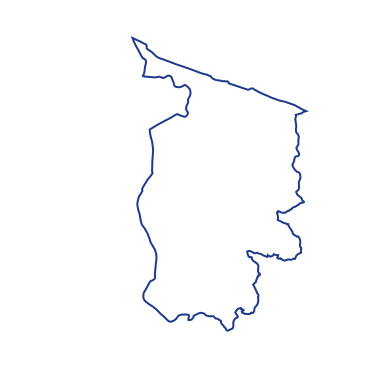 outline of Aceh Tenggara, Aceh, Indonesia, rotated 28°
{"feature_id": "22746128B65780821536148", "entity_name": "Aceh Tenggara", "entity_type": "district", "adm_level": 2, "iso_a3": "IDN", "parent_name": "Indonesia", "parent_adm1": "Aceh", "projection": "mercator", "projection_center": [97.723, 3.338], "detail": "fine", "context": "isolated", "style": "outline", "palette": "blue", "viewbox_px": 384, "rotation_deg": 28, "n_neighbors": 0, "source": "geoboundaries", "source_scale": "gbopen_adm2", "svg_char_len": 6053}
<svg xmlns="http://www.w3.org/2000/svg" viewBox="0 0 384 384"><g transform="rotate(28 192 192)"><path d="M251.9,300.1L253.2,298.2L255.7,295.1L256.1,294.7L258.6,293.8L259.4,293.7L261.1,294.0L261.9,294.3L263.0,294.4L264.4,293.7L265.9,293.6L268.9,291.7L270.3,292.0L272.2,292.6L274.1,291.9L274.5,291.9L275.7,292.2L276.7,292.1L278.2,292.3L278.9,293.5L279.6,294.2L280.1,294.5L282.5,295.2L283.5,295.9L285.8,296.7L286.8,297.5L288.3,297.9L289.9,296.2L290.8,294.7L291.7,293.7L291.9,293.0L291.7,291.5L289.7,287.7L289.4,286.9L289.4,286.1L289.3,285.0L289.6,283.5L290.1,282.5L291.0,281.6L291.1,280.8L290.9,280.5L290.5,280.1L287.9,278.7L286.9,278.2L286.8,277.8L286.9,275.5L287.2,274.2L287.4,273.6L288.5,272.4L289.3,272.0L289.6,271.6L289.9,272.1L290.4,272.5L290.9,272.0L291.4,271.9L292.2,272.1L292.6,271.9L293.0,272.2L292.7,272.5L292.7,273.6L292.1,274.0L292.1,274.3L292.7,274.8L292.9,274.5L293.2,274.4L293.6,274.8L294.4,274.7L296.0,274.8L297.4,274.1L298.6,273.6L300.3,272.6L300.7,272.0L300.7,271.0L301.0,270.7L302.1,270.5L302.7,269.9L302.8,269.5L302.7,267.8L301.8,265.2L301.8,264.3L302.5,261.0L302.2,258.6L300.9,255.6L299.5,253.6L299.7,253.4L298.7,251.4L297.0,250.7L296.6,250.2L292.0,246.8L289.4,245.0L290.0,243.2L290.7,241.5L290.3,240.6L289.7,235.9L290.0,236.0L290.3,234.4L290.9,233.6L290.2,232.3L289.2,232.7L289.0,232.3L288.2,231.5L288.5,231.2L288.2,231.5L287.5,231.0L287.0,230.0L285.8,227.0L285.3,226.2L284.5,225.3L282.9,224.6L281.6,224.4L279.1,224.2L277.2,223.6L276.7,223.2L275.7,222.5L275.5,221.7L274.3,221.7L273.8,221.9L273.3,222.4L272.2,222.4L271.1,221.4L268.7,218.9L268.8,218.7L268.8,218.4L269.6,217.6L270.6,217.0L272.7,216.7L274.9,216.8L275.9,216.7L276.7,216.4L277.3,215.6L278.2,215.0L280.2,215.0L281.6,214.4L284.5,214.5L288.8,214.1L288.9,213.1L288.6,212.2L289.6,212.5L290.2,212.2L291.0,212.4L291.5,212.3L292.8,210.9L293.3,210.1L293.5,208.5L293.8,208.6L294.2,208.6L297.5,207.5L297.7,207.4L297.8,208.1L298.1,208.5L298.0,209.0L298.2,209.5L298.1,210.0L298.8,210.4L299.8,210.2L300.0,209.8L300.7,209.6L301.2,209.6L301.4,209.0L302.0,209.0L302.4,209.3L304.4,209.4L305.9,209.1L306.7,208.7L307.9,207.0L308.8,206.2L310.4,205.8L311.5,205.2L313.2,202.8L314.3,202.8L314.3,201.0L314.0,199.8L314.1,198.7L314.9,196.9L315.7,195.9L316.8,194.2L315.3,191.8L315.1,190.9L314.7,190.3L314.4,190.0L313.9,190.0L312.7,189.1L312.4,188.6L311.2,185.6L310.0,183.6L308.6,182.4L306.7,181.4L306.4,181.4L305.5,182.2L304.3,182.0L301.6,181.8L300.9,181.6L299.1,179.9L292.3,176.0L292.1,175.2L290.2,175.8L289.2,175.8L286.9,176.3L280.7,176.4L280.5,175.3L279.5,173.4L278.7,172.4L277.7,171.5L277.5,170.9L277.2,170.8L277.0,170.0L276.6,170.1L276.5,169.8L276.4,169.9L276.6,169.6L277.1,169.4L276.9,168.6L277.0,168.4L279.7,168.2L281.1,168.0L284.1,166.5L284.6,165.2L285.3,164.0L286.6,162.9L286.8,161.7L287.3,161.0L287.9,160.7L287.9,159.7L288.7,157.9L290.3,156.2L290.9,154.9L292.2,153.0L292.5,151.6L292.8,151.1L295.5,148.7L295.6,148.4L295.3,148.0L293.9,147.8L293.2,147.5L292.7,147.2L291.7,146.0L289.8,145.7L288.1,145.2L287.2,145.2L286.4,144.9L284.7,143.8L284.2,143.4L283.9,142.8L284.6,141.2L284.9,140.1L284.9,139.1L284.0,136.9L282.6,134.8L281.5,132.5L281.4,129.6L280.6,127.6L279.0,125.5L278.2,124.9L277.0,124.5L275.4,124.9L273.1,124.3L270.3,123.0L268.6,121.8L268.1,121.2L267.7,119.5L267.7,117.0L266.7,114.1L266.7,112.8L266.8,112.2L268.8,110.3L269.2,109.5L269.2,108.8L268.3,107.7L266.7,106.5L265.1,105.6L263.6,104.2L263.4,103.9L263.4,103.3L263.7,100.3L263.5,99.7L261.5,96.3L260.8,93.8L259.0,91.6L256.2,90.5L255.2,89.4L254.2,87.7L253.2,84.9L248.8,78.9L248.5,76.9L247.9,75.7L247.4,75.2L252.0,70.9L252.7,69.1L254.8,67.0L250.2,67.3L241.7,67.1L232.9,68.5L231.8,68.6L226.3,70.2L217.8,71.4L212.9,71.7L211.4,71.9L205.6,72.3L202.9,72.4L202.0,72.2L199.5,72.4L197.4,71.9L196.3,72.4L195.6,72.9L193.8,75.2L193.3,75.5L173.4,78.8L172.7,78.0L172.3,77.7L171.4,77.7L169.6,78.7L168.4,78.9L166.9,80.0L165.0,80.2L162.7,81.2L159.9,82.0L157.2,82.1L155.7,81.8L154.5,81.1L149.5,81.5L147.3,82.2L144.3,82.8L131.1,84.5L119.2,86.5L103.7,88.5L100.5,89.1L98.3,89.2L97.2,89.1L91.1,87.4L85.5,86.8L84.9,86.6L84.4,86.2L83.1,83.9L82.2,83.4L75.2,83.5L67.2,83.9L69.7,86.2L72.7,88.5L78.9,92.5L84.6,96.5L86.3,96.9L88.4,97.0L89.1,97.3L89.6,97.8L90.1,98.4L91.0,100.4L91.9,103.9L93.7,108.6L94.1,110.5L94.1,112.6L94.3,112.7L95.1,112.6L96.3,112.1L104.9,108.5L106.7,107.4L108.7,105.7L109.1,105.5L112.5,105.0L113.4,104.6L113.9,104.1L115.4,101.6L116.0,100.8L116.7,100.3L117.6,99.9L118.4,99.8L119.3,100.0L120.1,100.3L122.5,102.5L123.7,103.3L126.2,106.1L127.3,106.7L129.1,106.5L131.2,105.7L132.0,105.2L133.1,104.1L134.3,102.5L135.3,101.0L135.6,100.7L137.4,100.9L139.0,101.2L141.2,102.0L141.9,102.4L142.7,103.2L143.6,104.3L144.4,105.6L145.0,107.6L145.1,111.9L145.3,112.6L146.5,114.7L146.7,115.5L146.7,117.8L147.0,119.9L148.0,121.8L148.7,122.4L150.6,123.4L151.2,123.9L151.6,125.1L151.5,127.1L150.8,128.7L150.0,129.1L145.0,130.0L143.0,130.0L142.3,130.3L141.8,130.7L138.5,136.2L130.3,148.3L125.5,156.4L125.5,157.2L127.6,160.1L129.8,162.8L133.4,166.6L137.7,172.7L143.2,184.8L145.0,188.3L146.7,191.9L148.3,194.0L148.0,196.9L146.8,203.2L146.9,205.2L146.5,207.5L146.6,208.5L146.4,211.7L146.7,213.1L147.5,214.0L147.7,214.8L147.7,217.0L147.3,219.9L147.4,221.5L148.8,227.0L149.6,228.7L150.3,229.7L152.9,233.0L156.4,236.4L159.8,240.9L162.4,243.8L164.5,245.1L166.8,246.1L171.9,249.3L176.8,253.5L179.3,256.1L182.3,257.8L184.6,259.3L185.6,259.8L186.3,260.3L187.4,261.3L189.9,264.1L191.4,266.5L192.8,269.6L193.7,272.2L195.3,275.8L196.8,279.8L199.4,284.7L199.7,285.8L199.6,286.8L199.2,287.7L197.2,290.3L196.9,292.4L196.9,295.8L197.0,296.7L196.9,301.1L196.7,302.7L197.1,305.3L197.7,306.1L198.2,307.4L199.0,308.6L199.6,309.1L201.4,310.1L203.0,310.6L206.6,311.2L210.7,311.5L215.6,312.4L221.3,314.2L226.9,315.5L230.1,316.6L232.2,317.0L233.2,316.9L233.6,316.8L234.8,315.9L235.9,314.7L236.4,314.0L237.1,312.5L237.8,310.4L237.9,308.9L238.1,307.7L239.0,306.5L240.3,305.2L243.8,303.2L245.2,302.5L246.3,302.2L247.1,302.3L247.6,303.0L248.4,305.9L248.9,306.7L249.3,306.7L251.5,304.9L252.1,302.2L252.0,301.4L251.6,300.6L251.9,300.1Z" fill="none" stroke="#1e3a8a" stroke-width="2"/></g></svg>